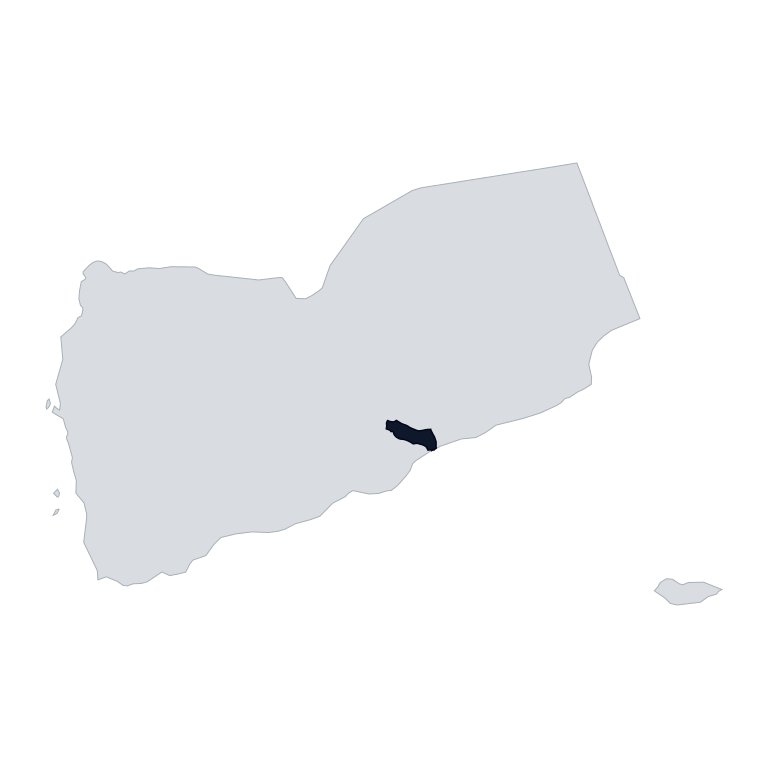 location of Ghayl Bawazir, Hadramawt, Yemen
{"feature_id": "15242507B58330676723626", "entity_name": "Ghayl Bawazir", "entity_type": "district", "adm_level": 2, "iso_a3": "YEM", "parent_name": "Yemen", "parent_adm1": "Hadramawt", "projection": "natural_earth1", "projection_center": [49.096, 14.883], "detail": "fine", "context": "in_parent", "style": "filled", "palette": "ink", "viewbox_px": 768, "rotation_deg": 0, "n_neighbors": 0, "source": "geoboundaries", "source_scale": "gbopen_adm2", "svg_char_len": 7353}
<svg xmlns="http://www.w3.org/2000/svg" viewBox="0 0 768 768"><path d="M639.9,318.6L611.6,330.3L604.2,335.6L597.4,342.0L592.3,350.1L588.8,364.3L591.6,377.3L591.3,384.3L584.0,388.9L577.2,392.2L569.6,397.3L565.0,398.5L561.2,402.6L556.8,405.4L541.0,412.7L523.6,418.3L496.1,425.1L485.5,432.5L475.8,437.5L461.1,439.0L440.9,446.0L429.7,451.6L415.8,460.7L412.7,463.6L410.2,470.3L405.9,476.1L397.5,485.6L391.2,490.5L387.0,490.8L378.8,493.4L369.1,494.0L352.9,490.6L348.7,493.0L345.2,496.7L332.7,503.2L319.9,516.2L310.6,519.6L295.5,523.7L284.9,529.2L277.8,531.3L268.7,532.5L251.8,531.9L235.7,533.9L220.9,537.5L213.9,544.5L205.9,555.5L192.9,560.1L189.8,564.0L185.7,572.1L177.3,574.2L169.7,575.6L161.9,572.0L147.2,581.8L141.6,583.4L133.2,583.8L127.2,585.9L122.9,585.3L117.6,581.5L106.2,576.8L97.9,579.9L97.3,570.6L83.7,542.3L86.7,517.6L86.7,514.1L84.1,503.1L75.9,493.1L76.3,480.3L73.6,471.2L71.5,461.9L72.2,459.4L72.3,457.1L68.3,442.7L66.9,439.7L66.4,436.7L67.8,434.4L67.7,431.7L65.6,427.3L63.3,418.9L52.2,412.2L54.5,406.1L56.6,408.2L59.6,410.1L60.2,406.1L60.3,403.1L55.7,384.3L62.8,359.4L60.8,336.9L71.4,327.8L74.0,325.0L75.6,322.6L78.1,317.5L81.5,315.8L82.8,310.4L82.7,307.7L80.5,305.4L78.9,299.1L79.5,291.1L80.1,287.8L81.3,281.7L85.0,279.4L85.9,277.6L83.1,273.8L83.3,271.5L89.6,265.0L92.1,263.1L96.2,261.1L99.4,261.1L103.0,262.2L106.2,264.0L109.4,267.3L112.7,271.1L117.8,272.5L121.3,272.1L124.1,273.8L126.6,272.9L129.3,270.9L133.7,271.1L137.6,268.9L148.8,267.8L159.6,268.5L170.9,266.7L182.1,266.8L193.4,267.0L195.9,267.2L198.4,268.4L207.9,274.1L215.1,275.3L229.7,276.8L245.2,278.5L258.7,280.0L270.1,278.6L279.6,277.5L282.2,277.7L285.0,281.2L290.7,290.0L296.1,298.4L305.5,298.8L311.6,295.7L318.2,291.3L322.3,287.9L327.0,274.3L330.1,265.6L337.1,255.7L343.0,247.5L350.7,236.6L355.0,230.6L363.5,218.6L371.6,214.0L387.1,205.0L402.4,196.2L412.3,190.5L420.8,187.9L435.0,185.6L451.6,183.0L468.3,180.3L486.0,177.5L505.8,174.4L519.3,172.2L536.6,169.5L551.0,167.2L563.8,165.1L576.9,163.0L579.4,169.7L582.0,176.3L584.5,182.9L587.0,189.5L589.5,196.1L592.0,202.7L594.5,209.4L597.0,216.0L599.6,222.6L602.1,229.2L604.6,235.8L607.1,242.5L609.6,249.1L612.2,255.7L614.7,262.3L617.2,268.9L619.7,275.4L623.7,277.5L626.1,283.6L629.6,292.4L633.0,301.1L636.5,309.8L639.9,318.6ZM679.6,584.0L683.0,584.7L688.3,582.5L703.6,582.2L721.9,589.5L718.5,591.4L716.4,594.1L708.4,596.5L700.4,602.2L677.1,605.0L670.3,603.4L664.7,597.9L654.3,590.8L658.4,586.3L659.2,584.2L660.7,582.2L666.6,578.7L672.5,579.3L679.6,584.0ZM58.9,495.7L58.1,497.1L57.1,496.8L53.6,493.3L57.5,489.3L59.5,493.0L58.9,495.7ZM48.4,407.6L46.6,409.0L46.1,406.5L47.3,400.7L49.1,399.0L50.4,403.3L49.6,405.7L48.4,407.6ZM57.0,513.4L53.2,515.4L55.8,510.1L58.4,509.1L59.1,509.3L57.0,513.4Z" fill="#d9dde1" stroke="#a8b0b8" stroke-width="1"/><path d="M430.6,429.3L430.2,429.4L429.8,429.4L429.4,429.4L429.0,429.4L428.9,429.4L428.6,429.4L428.2,429.5L427.8,429.5L427.6,429.5L427.2,429.5L426.9,429.6L426.4,429.6L426.1,429.7L425.7,429.7L425.3,429.8L425.2,429.8L424.9,429.9L424.5,430.0L424.4,430.0L424.0,430.1L423.6,430.2L423.2,430.3L422.9,430.3L422.7,430.4L422.4,430.4L422.0,430.5L421.9,430.5L421.5,430.6L421.4,430.6L421.1,430.6L420.6,430.7L420.2,430.8L419.7,430.8L419.4,430.8L418.8,430.8L418.3,430.8L418.0,430.7L417.5,430.6L417.2,430.5L416.8,430.4L416.5,430.3L416.4,430.2L416.1,430.2L415.8,430.1L415.7,430.0L415.3,429.9L415.1,429.8L414.9,429.7L414.6,429.5L414.1,429.3L413.8,429.2L413.7,429.1L413.3,429.0L413.2,429.0L412.9,428.9L412.6,428.7L412.3,428.6L412.2,428.6L411.8,428.4L411.4,428.2L410.9,428.0L410.5,427.8L410.3,427.7L410.1,427.6L409.8,427.4L409.5,427.3L409.4,427.2L409.2,427.1L408.9,426.9L408.5,426.6L408.0,426.2L407.8,426.1L407.6,426.0L407.4,425.9L407.2,425.8L406.8,425.6L406.4,425.4L406.0,425.2L405.6,425.1L405.2,424.9L404.8,424.8L404.5,424.7L404.1,424.6L403.8,424.5L403.5,424.3L403.0,424.2L402.6,424.0L402.1,423.8L401.6,423.6L401.3,423.4L401.0,423.3L400.9,423.2L400.5,423.0L400.1,422.7L399.7,422.5L399.6,422.4L399.4,422.3L399.0,422.1L398.9,422.0L398.5,421.8L398.1,421.5L397.8,421.3L397.7,421.3L397.3,420.9L396.8,420.7L396.5,420.5L396.3,420.4L396.2,420.5L395.9,420.8L395.5,421.0L395.3,421.1L395.2,421.2L394.8,421.4L394.5,421.5L394.3,421.6L394.0,421.7L393.6,421.8L393.4,421.8L393.1,421.9L392.7,421.9L392.3,421.8L392.2,421.8L391.9,421.8L391.4,421.7L391.0,421.7L390.7,421.6L390.2,421.5L389.7,421.4L389.3,421.2L388.9,421.1L388.6,420.9L388.4,420.8L388.1,420.7L387.8,420.5L387.7,420.5L387.4,420.9L387.3,421.2L387.2,421.3L387.0,421.7L386.8,422.1L386.7,422.2L386.7,422.4L386.6,422.9L386.5,423.4L386.5,423.9L386.6,424.4L386.7,424.8L386.7,425.3L386.7,425.7L386.7,426.2L386.7,426.4L386.6,426.7L386.6,427.0L386.5,427.6L386.4,428.1L386.3,428.5L386.3,428.9L386.9,429.0L387.3,429.2L387.6,429.3L388.1,429.5L388.5,429.7L388.9,429.8L389.3,430.0L389.8,430.2L390.0,430.3L390.4,430.6L390.7,431.1L390.8,431.5L391.2,431.6L391.6,431.5L392.2,431.5L392.7,431.6L393.1,431.8L393.2,432.0L393.5,432.4L393.6,432.8L393.7,433.3L393.7,433.5L393.8,433.8L394.0,434.2L394.0,434.3L394.3,434.7L394.6,435.2L394.9,435.6L395.0,435.7L395.2,435.9L395.5,436.2L395.8,436.6L396.2,436.9L396.6,437.2L397.0,437.5L397.4,437.7L397.8,438.0L398.0,438.1L398.6,438.4L398.9,438.6L399.3,438.7L399.7,438.8L399.8,438.9L400.1,439.0L400.7,439.1L400.9,439.1L401.0,439.1L401.3,439.1L401.5,439.2L402.0,439.2L402.5,439.2L402.9,439.3L403.0,439.3L403.5,439.4L403.9,439.4L404.1,439.5L404.4,439.6L404.8,439.7L405.2,439.8L405.7,440.0L405.8,440.0L406.2,440.1L406.7,440.4L407.2,440.5L407.4,440.6L407.6,440.7L408.1,440.9L408.3,441.0L408.9,441.3L409.1,441.4L409.2,441.5L409.4,441.5L409.7,441.7L410.0,441.9L410.5,442.1L410.9,442.3L411.3,442.6L411.6,442.8L412.0,443.1L412.3,443.3L412.6,443.6L413.0,443.7L413.5,443.8L413.9,443.8L414.4,443.7L414.7,443.6L414.9,443.6L415.1,443.5L415.3,443.5L415.7,443.4L416.1,443.4L416.5,443.3L416.9,443.4L417.3,443.4L417.7,443.5L417.8,443.5L418.3,443.6L418.7,443.7L419.0,443.8L419.3,443.9L419.6,444.0L419.9,444.1L420.2,444.2L420.6,444.3L421.1,444.4L421.5,444.5L421.9,444.6L422.3,444.7L422.7,444.8L422.8,444.9L423.1,445.0L423.4,445.2L423.8,445.4L424.0,445.5L424.5,445.7L424.6,445.8L424.9,446.0L425.0,446.0L425.3,446.2L425.6,446.4L425.8,446.6L426.2,447.0L426.5,447.3L426.7,447.6L426.9,448.1L427.0,448.3L427.1,448.5L427.4,448.9L427.6,449.2L427.6,449.3L427.8,449.7L427.8,449.8L427.9,450.1L428.2,450.1L428.4,450.1L428.5,450.0L429.1,450.0L429.5,449.9L430.3,449.9L430.6,449.9L430.9,449.9L431.2,449.9L431.3,450.0L431.5,450.2L431.7,450.4L431.7,450.5L431.9,450.4L432.1,450.3L432.4,450.2L432.6,450.2L432.9,450.0L433.3,449.9L433.5,449.8L433.7,449.7L434.0,449.4L434.3,449.3L434.4,449.2L434.5,449.3L434.5,449.5L434.6,449.4L434.6,449.2L434.8,449.0L435.0,448.9L435.3,448.7L435.7,448.6L436.0,448.5L436.1,448.4L436.2,448.2L436.2,447.6L436.2,447.4L436.1,447.0L436.1,446.9L436.0,446.5L436.0,446.1L436.0,445.8L436.1,445.6L436.1,445.0L436.1,444.5L436.1,444.4L436.1,444.0L436.1,443.8L436.1,443.5L436.1,443.3L436.1,442.9L436.1,442.4L436.1,442.0L436.0,441.4L435.9,441.1L435.7,440.6L435.6,440.2L435.4,439.7L435.2,439.2L435.1,438.7L434.9,438.1L434.7,437.7L434.6,437.2L434.4,436.9L434.1,436.3L434.0,436.1L433.9,435.9L433.6,435.3L433.3,434.9L433.2,434.7L433.0,434.3L432.9,434.1L432.6,433.7L432.4,433.1L432.2,432.8L432.2,432.7L432.0,432.3L431.7,431.9L431.6,431.6L431.3,431.1L431.3,430.9L431.2,430.7L431.0,430.3L430.8,429.8L430.6,429.4L430.6,429.3Z" fill="#0f172a" stroke="#020617" stroke-width="1.5"/></svg>